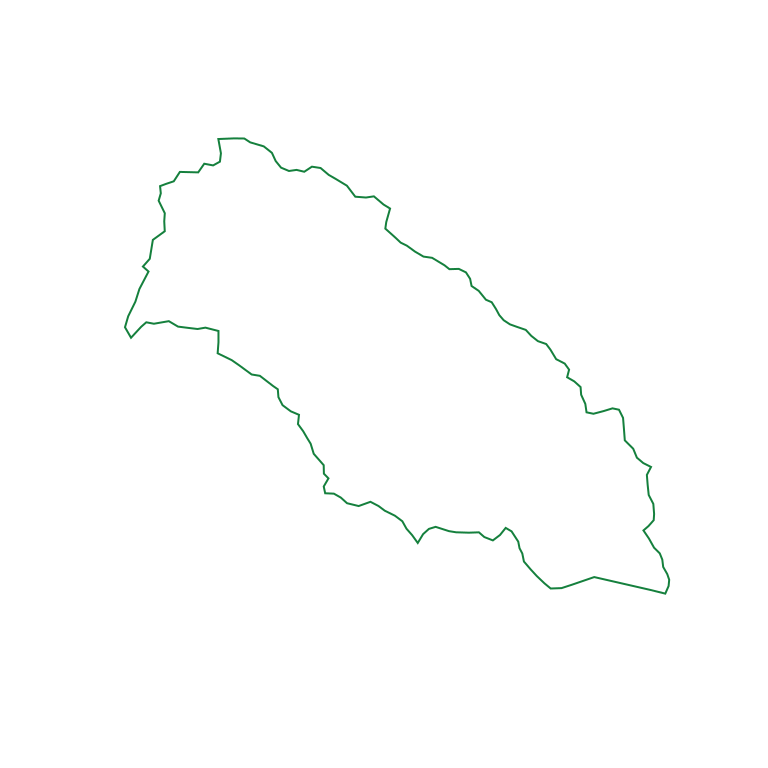 the district of Campos do Jordão, São Paulo, Brazil, rotated 253°
{"feature_id": "56859067B66319400982583", "entity_name": "Campos do Jordão", "entity_type": "district", "adm_level": 2, "iso_a3": "BRA", "parent_name": "Brazil", "parent_adm1": "São Paulo", "projection": "albers", "projection_center": [-45.536, -22.693], "detail": "fine", "context": "isolated", "style": "outline", "palette": "green", "viewbox_px": 768, "rotation_deg": 253, "n_neighbors": 0, "source": "geoboundaries", "source_scale": "gbopen_adm2", "svg_char_len": 2290}
<svg xmlns="http://www.w3.org/2000/svg" viewBox="0 0 768 768"><g transform="rotate(253 384 384)"><path d="M625.2,222.1L611.4,224.3L603.8,221.4L594.2,219.0L589.4,205.1L572.2,196.6L566.8,187.8L560.4,191.7L546.4,177.9L535.4,170.3L523.6,159.2L514.0,152.9L502.2,155.6L509.7,168.5L512.5,174.7L508.9,181.6L507.0,196.6L499.1,203.8L494.8,213.4L491.1,221.8L490.1,229.7L483.1,241.2L472.3,237.9L462.0,233.9L451.4,245.3L444.8,250.5L431.8,260.2L428.1,267.7L414.7,277.2L410.0,280.9L402.3,279.2L393.4,280.8L385.1,286.9L379.4,293.7L370.8,290.0L362.5,292.9L354.8,294.7L348.3,296.4L337.8,296.4L324.0,302.6L315.8,300.3L310.0,303.3L303.6,296.4L296.7,295.8L293.8,304.0L288.0,309.5L280.8,313.8L274.7,324.1L275.3,336.6L268.9,343.1L262.6,347.7L254.9,355.9L247.4,361.4L239.0,363.2L231.3,366.7L222.1,369.8L229.0,377.5L232.3,384.6L232.3,391.6L224.3,403.1L221.1,409.6L217.0,421.7L214.4,431.4L208.3,435.2L202.6,442.4L205.7,450.8L210.8,458.3L205.8,462.9L194.0,466.3L187.3,465.6L181.5,466.7L173.3,465.9L163.7,470.1L155.6,474.0L146.4,479.2L139.7,483.6L136.9,494.1L137.1,505.2L137.9,528.6L126.1,549.1L109.2,578.5L101.3,591.7L107.6,597.1L113.4,599.5L119.4,599.3L127.4,597.5L134.7,598.8L141.4,598.2L148.5,594.4L158.7,592.2L168.1,589.3L170.8,595.4L174.9,602.1L180.7,604.3L190.6,606.5L200.5,604.7L210.7,606.7L220.2,608.8L226.6,615.1L232.6,608.8L239.6,604.3L249.2,603.4L259.7,597.8L269.9,600.1L281.7,602.7L290.7,601.2L293.9,595.4L293.9,586.0L294.3,575.6L297.7,569.4L306.1,570.7L316.1,569.4L323.6,571.1L330.9,566.7L336.9,561.1L343.6,565.2L350.7,562.8L357.4,555.9L368.2,553.2L374.8,550.8L380.0,543.7L387.0,538.9L394.3,535.4L399.8,527.8L404.2,521.9L410.0,517.1L416.1,514.4L423.0,513.0L430.7,510.9L434.8,506.1L445.4,501.8L452.1,496.4L459.4,497.1L466.8,495.0L472.2,489.2L474.7,480.1L479.8,476.6L490.6,466.9L494.3,459.0L501.5,452.4L509.6,446.3L514.3,441.3L520.1,438.0L532.2,430.7L538.2,433.5L550.0,441.1L555.8,436.0L566.4,429.2L567.6,421.3L571.5,411.3L584.5,406.5L594.1,397.9L600.1,392.3L609.1,386.5L612.9,378.6L610.3,369.8L614.3,363.0L615.5,355.4L621.0,348.8L628.9,345.6L637.8,344.4L646.4,338.5L654.2,326.7L659.6,322.2L662.7,312.5L666.7,297.2L652.3,295.5L644.6,292.1L643.0,284.5L647.2,276.5L640.7,268.2L646.5,250.8L639.3,242.2L639.1,234.3L638.7,227.7L631.6,226.3L625.2,222.1Z" fill="none" stroke="#15803d" stroke-width="2"/></g></svg>